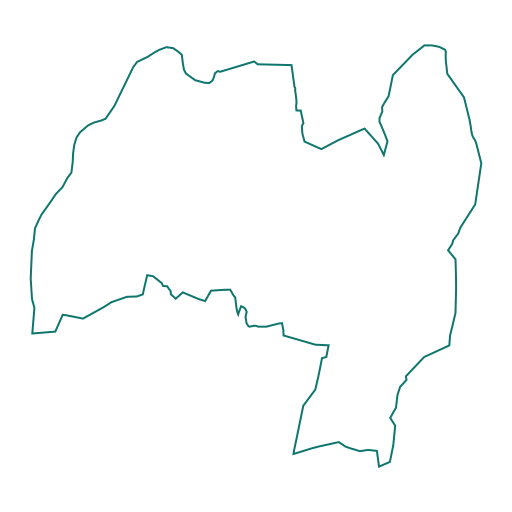 Ajingi, Kano, Nigeria
{"feature_id": "59680162B27639129809368", "entity_name": "Ajingi", "entity_type": "district", "adm_level": 2, "iso_a3": "NGA", "parent_name": "Nigeria", "parent_adm1": "Kano", "projection": "equal_earth", "projection_center": [9.085, 11.959], "detail": "fine", "context": "isolated", "style": "outline", "palette": "teal", "viewbox_px": 512, "rotation_deg": 0, "n_neighbors": 0, "source": "geoboundaries", "source_scale": "gbopen_adm2", "svg_char_len": 2675}
<svg xmlns="http://www.w3.org/2000/svg" viewBox="0 0 512 512"><path d="M83.0,318.6L103.6,307.2L111.4,302.2L126.9,296.8L136.6,296.5L138.2,296.0L139.9,295.4L142.8,294.4L143.6,290.6L147.2,275.2L153.2,276.3L161.6,283.0L163.1,286.0L167.2,286.3L170.7,291.3L170.9,294.3L175.2,298.2L175.7,298.7L182.8,292.4L198.3,298.9L205.1,301.1L211.0,290.7L224.4,289.8L230.2,289.7L233.5,295.4L235.2,297.4L236.6,308.8L237.5,312.7L238.2,314.4L238.8,312.3L241.1,306.3L243.2,307.1L245.3,308.8L246.7,311.8L245.5,317.1L246.2,320.9L246.5,323.2L247.6,324.9L248.5,326.2L249.5,326.7L254.1,325.7L256.2,325.9L257.9,326.6L262.9,326.7L266.3,326.7L278.8,323.5L282.0,323.2L283.4,330.3L283.3,332.5L283.6,333.9L283.6,335.5L315.4,344.7L328.6,345.3L326.3,357.0L322.0,358.2L319.9,368.9L318.1,377.6L315.3,389.6L303.3,405.7L296.6,438.4L294.2,449.7L293.5,454.0L311.6,448.4L318.8,446.5L338.8,442.1L345.5,446.6L350.9,448.5L354.9,449.6L359.8,451.2L368.1,449.9L376.9,450.9L379.0,466.6L389.9,461.9L393.3,445.0L395.2,425.7L390.2,417.9L395.5,408.5L396.0,407.6L397.5,394.9L400.1,386.9L406.5,379.9L405.9,376.3L424.2,357.0L449.3,345.4L450.1,335.3L452.4,326.1L455.5,312.9L456.1,288.7L456.0,276.3L455.5,259.3L448.1,250.3L450.8,246.1L452.2,243.9L453.2,240.3L456.6,235.7L458.2,233.7L460.3,227.7L475.2,204.4L481.3,163.3L476.3,143.6L475.1,140.4L473.6,138.0L472.7,136.4L471.9,133.9L471.3,130.7L470.7,126.3L469.6,120.0L464.0,97.4L447.3,73.8L446.6,67.5L446.2,64.5L446.0,62.3L445.8,60.2L445.7,56.4L445.7,56.2L445.7,55.9L445.7,55.7L445.7,55.4L445.7,55.2L445.7,54.9L445.7,54.7L445.7,54.4L445.7,54.2L445.8,51.8L445.2,49.8L439.1,46.8L431.8,45.4L424.4,45.4L412.6,54.7L392.9,75.1L388.6,96.2L384.2,103.2L382.1,107.1L382.3,111.6L379.5,118.1L379.5,121.8L381.1,125.3L385.3,135.5L387.5,141.3L383.8,155.0L378.1,143.7L364.6,128.6L361.7,129.8L338.0,140.3L321.4,149.1L317.7,147.5L304.6,141.6L302.7,134.9L302.3,132.7L302.1,129.9L301.9,126.5L302.5,124.6L303.4,123.2L302.7,119.8L300.7,110.5L298.3,110.6L296.4,110.4L296.2,107.9L296.1,105.8L296.4,103.7L296.5,101.4L296.1,97.6L295.7,94.2L295.1,90.2L295.3,88.2L294.5,86.9L291.5,65.1L266.3,64.5L257.7,64.3L254.2,61.5L220.0,71.8L218.1,71.1L217.0,71.6L214.9,73.4L213.9,77.3L212.3,80.8L209.3,83.0L204.8,82.8L195.2,80.2L186.0,73.6L184.0,69.9L182.9,63.6L181.8,54.8L178.0,51.5L173.1,48.1L166.3,47.2L158.9,50.0L154.4,52.5L147.6,56.9L137.1,61.9L133.2,67.2L114.4,105.9L105.6,118.7L101.4,120.5L93.8,122.6L88.1,125.4L80.1,132.2L76.5,137.5L74.3,144.8L73.1,153.3L72.7,162.2L71.4,172.6L67.3,178.1L62.5,187.1L55.8,194.1L49.9,202.8L41.5,214.6L38.8,219.9L35.0,228.3L33.9,239.3L31.9,251.1L30.7,278.6L32.0,299.0L34.4,307.9L32.3,333.5L55.3,331.6L62.7,314.8L66.5,315.3L83.0,318.6Z" fill="none" stroke="#0f766e" stroke-width="2"/></svg>